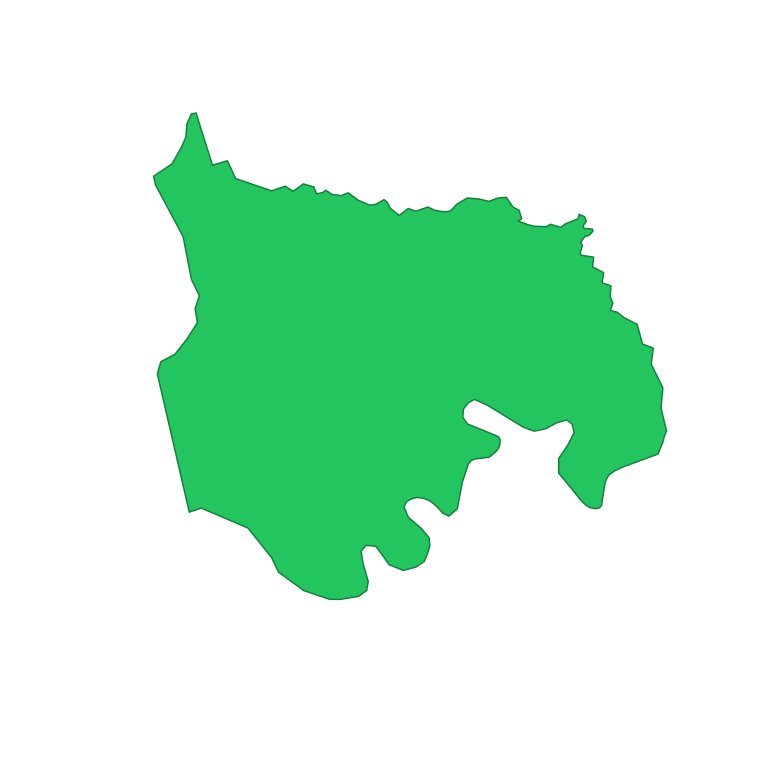 outline of San Gregorio de Polanco, Tacuarembó, Uruguay, rotated 18°
{"feature_id": "84410073B83102109001145", "entity_name": "San Gregorio de Polanco", "entity_type": "district", "adm_level": 2, "iso_a3": "URY", "parent_name": "Uruguay", "parent_adm1": "Tacuarembó", "projection": "mercator", "projection_center": [-55.799, -32.506], "detail": "fine", "context": "isolated", "style": "filled", "palette": "green", "viewbox_px": 768, "rotation_deg": 18, "n_neighbors": 0, "source": "geoboundaries", "source_scale": "gbopen_adm2", "svg_char_len": 2294}
<svg xmlns="http://www.w3.org/2000/svg" viewBox="0 0 768 768"><g transform="rotate(18 384 384)"><path d="M667.3,341.5L654.9,321.3L650.4,301.5L632.0,282.5L629.0,266.7L617.5,266.1L610.2,254.9L606.3,249.1L591.3,246.6L583.7,243.7L576.5,244.2L576.7,236.4L572.2,231.1L569.5,220.6L560.1,220.4L558.5,210.3L546.2,208.2L544.1,198.6L531.7,200.6L530.2,199.0L529.8,191.0L527.3,188.3L529.5,181.5L532.9,179.5L535.5,174.1L534.0,172.3L526.2,174.2L524.6,172.3L526.0,166.5L523.0,162.9L517.2,162.4L517.4,167.1L507.5,175.2L503.7,180.4L493.2,180.6L489.4,184.4L477.9,187.6L471.4,188.0L461.3,187.6L463.8,184.2L458.8,177.0L452.1,176.0L447.1,172.1L442.6,168.7L434.6,172.1L427.4,177.9L417.9,178.6L405.8,181.3L397.7,190.5L393.7,199.0L388.8,201.5L378.9,203.1L371.0,202.2L360.9,209.8L352.8,209.6L346.4,219.0L335.8,215.0L330.9,210.2L327.0,208.7L320.7,215.6L315.3,218.3L302.7,217.2L290.9,213.2L285.0,218.1L275.8,219.8L268.9,217.7L266.6,220.8L261.2,224.0L256.3,218.3L245.5,218.6L238.0,228.8L229.1,226.4L217.4,235.0L179.5,234.5L166.0,220.1L153.2,228.9L121.6,184.4L117.3,186.7L116.2,197.5L119.3,210.5L118.2,221.7L114.3,240.2L100.7,257.6L105.4,265.5L147.4,305.9L168.5,343.9L181.1,357.1L181.1,370.8L187.6,383.2L182.9,401.3L176.1,420.2L164.9,431.7L165.3,444.4L238.4,566.0L248.5,558.5L299.0,563.0L330.6,583.7L341.9,595.6L356.0,600.2L371.6,605.3L398.7,605.6L408.9,602.4L425.5,593.7L431.3,585.6L430.0,576.6L419.7,561.4L413.9,550.1L416.8,543.0L426.3,540.9L436.6,548.2L444.7,554.3L460.0,555.3L471.0,548.2L477.1,540.3L477.4,536.8L477.8,531.7L477.6,523.8L474.4,516.3L463.6,509.6L448.4,503.3L441.5,495.4L441.2,491.8L442.0,488.5L445.5,485.0L449.9,481.9L456.7,480.4L464.0,481.0L472.3,484.3L479.7,488.6L486.5,489.6L492.3,480.1L488.9,453.5L488.9,440.0L488.9,434.3L490.5,430.1L493.1,427.5L506.5,421.2L511.2,414.1L512.8,409.9L512.8,405.4L511.7,401.2L509.1,398.7L497.8,397.8L475.7,396.2L469.2,391.2L468.8,389.5L467.3,383.3L470.1,375.7L474.8,370.7L489.2,372.3L529.7,382.0L541.2,382.5L551.5,376.7L560.2,367.5L568.9,361.7L575.4,364.1L579.9,371.5L577.5,386.2L573.1,400.9L577.8,414.9L594.4,425.4L608.7,434.7L612.8,436.5L617.9,437.9L624.1,437.1L627.3,435.1L628.5,432.3L628.2,430.6L627.5,427.0L624.6,408.0L625.9,401.2L630.6,394.9L636.2,389.6L666.2,366.0L667.2,352.5L666.7,346.9L667.3,341.5Z" fill="#22c55e" stroke="#15803d" stroke-width="1.5"/></g></svg>